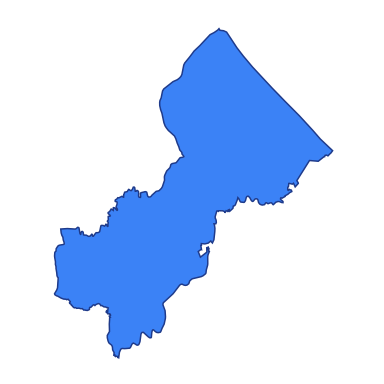 the district of Trieu Phong, Quảng Trị, Vietnam, rotated 357°
{"feature_id": "81297802B12813150904873", "entity_name": "Trieu Phong", "entity_type": "district", "adm_level": 2, "iso_a3": "VNM", "parent_name": "Vietnam", "parent_adm1": "Quảng Trị", "projection": "equal_earth", "projection_center": [107.119, 16.775], "detail": "fine", "context": "isolated", "style": "filled", "palette": "blue", "viewbox_px": 384, "rotation_deg": 357, "n_neighbors": 0, "source": "geoboundaries", "source_scale": "gbopen_adm2", "svg_char_len": 6039}
<svg xmlns="http://www.w3.org/2000/svg" viewBox="0 0 384 384"><g transform="rotate(357 192 192)"><path d="M49.4,286.4L49.7,287.4L51.3,288.6L52.3,288.9L55.7,291.1L58.2,292.2L60.6,292.5L61.2,293.0L62.7,292.6L64.7,295.1L64.7,295.4L63.9,296.0L64.0,296.8L65.5,298.0L65.6,298.7L66.2,299.0L66.7,300.0L68.3,301.5L69.7,301.4L70.7,302.1L73.0,302.1L75.0,302.8L76.3,302.7L77.8,304.3L78.9,304.2L79.8,304.6L81.5,304.8L83.4,304.0L83.6,302.3L83.9,301.9L85.0,301.8L87.6,299.5L88.4,299.6L89.1,300.3L90.1,299.4L92.5,298.5L94.0,299.0L95.1,300.8L96.0,300.6L98.0,302.1L99.8,302.3L100.8,303.0L101.7,303.0L102.3,303.4L102.1,303.8L101.9,305.1L101.7,305.4L100.7,305.9L100.7,306.6L100.8,307.2L100.1,307.0L100.1,307.7L100.9,308.3L101.5,307.6L101.4,308.6L101.6,309.3L103.2,309.3L103.5,310.0L104.0,309.9L104.2,310.9L103.6,311.5L102.9,311.7L103.2,312.3L103.8,312.9L103.2,313.2L102.9,316.2L102.5,319.5L102.3,327.0L99.9,330.8L99.8,333.2L100.4,336.4L101.0,338.1L101.5,338.8L103.7,340.7L104.4,342.4L104.5,345.5L105.8,348.3L105.4,351.0L105.7,351.1L106.0,350.5L106.3,350.5L106.4,351.7L106.9,352.3L107.4,351.9L109.0,352.4L109.1,353.3L109.3,353.3L109.6,352.8L109.7,353.4L110.1,353.7L111.2,348.1L112.5,345.6L113.2,344.8L114.2,344.6L116.6,344.9L121.6,344.7L122.4,344.0L124.1,340.8L125.4,339.8L127.0,340.6L128.7,341.9L129.8,342.1L130.7,341.7L131.2,341.0L132.2,338.7L133.6,331.3L134.1,330.3L134.8,329.6L136.1,329.6L140.6,334.2L142.0,335.3L142.7,335.4L143.4,335.4L143.8,335.0L144.5,330.1L145.1,328.2L145.7,327.6L146.3,327.6L148.2,329.6L149.5,330.4L150.9,330.7L152.9,330.4L153.5,329.8L154.9,326.7L157.3,322.4L158.8,316.9L159.0,315.1L158.9,309.1L157.1,303.2L157.3,301.7L157.7,301.0L167.8,292.6L174.7,284.5L175.8,283.7L177.2,283.5L179.2,284.6L180.5,284.9L182.1,284.7L184.0,283.4L185.0,280.8L187.0,279.1L188.1,278.6L196.8,277.0L198.7,276.2L201.2,274.4L201.7,273.6L202.2,270.6L203.8,265.8L204.0,264.4L204.3,257.6L204.7,255.6L206.2,252.3L205.6,252.0L205.8,250.2L205.3,250.2L205.9,249.2L205.6,249.0L204.8,249.6L204.7,248.9L205.5,248.6L205.4,247.9L203.8,248.4L203.7,252.8L197.0,257.5L195.1,251.8L197.9,249.9L198.5,250.1L198.0,245.9L198.6,245.8L198.6,244.0L202.1,244.5L205.5,243.9L208.2,241.9L208.7,242.8L209.7,244.0L211.4,240.8L212.7,232.7L213.0,229.5L212.7,226.2L212.3,224.9L214.1,225.0L214.7,223.8L214.6,221.4L214.2,220.1L213.9,219.6L213.8,218.0L215.7,212.4L216.5,212.2L217.3,212.7L217.7,212.1L221.6,212.4L223.1,213.0L223.6,213.4L223.6,214.0L224.1,214.1L225.1,212.5L225.5,212.8L226.1,212.7L226.8,213.4L227.2,213.3L227.5,213.1L227.3,211.8L228.3,211.5L228.3,212.1L228.7,213.2L232.0,210.5L232.5,208.2L233.8,207.9L234.6,207.1L237.0,201.8L237.5,200.0L238.4,201.1L239.3,203.5L239.8,204.3L240.2,204.6L243.3,205.1L243.8,204.9L244.9,203.5L245.9,200.3L246.6,199.4L247.5,199.1L248.1,199.2L249.4,200.7L250.8,203.6L251.6,204.4L252.2,204.6L252.8,204.3L254.2,202.7L254.9,202.2L255.8,202.1L257.0,202.6L257.4,203.3L257.9,205.9L258.3,206.6L259.0,207.6L260.4,208.4L261.6,208.7L263.8,208.4L264.7,207.1L265.4,206.6L265.9,206.7L267.3,207.7L269.3,207.0L270.4,206.9L271.0,207.1L272.2,208.8L272.6,208.9L275.2,206.6L277.3,206.0L278.6,206.1L281.0,207.2L282.3,207.4L282.4,206.4L282.2,206.0L280.1,204.0L280.0,203.6L280.2,202.7L280.6,202.4L281.6,202.9L284.8,201.3L284.7,200.7L287.6,199.3L289.6,197.7L291.7,196.8L291.4,195.5L291.0,195.1L289.9,195.0L289.3,194.5L288.2,195.4L287.7,194.8L287.9,192.2L288.6,191.7L289.1,188.5L289.4,188.4L292.6,189.4L293.8,188.6L295.3,192.3L296.7,190.9L298.6,189.0L298.6,188.5L297.3,186.1L311.0,166.7L319.7,167.9L325.6,163.7L326.3,163.7L326.8,162.4L328.4,162.2L329.6,163.0L330.1,162.8L330.8,161.9L332.8,160.3L334.6,158.1L322.9,145.8L315.8,136.7L303.2,121.5L289.6,106.3L277.2,92.1L259.0,70.4L250.1,58.6L244.4,50.3L234.9,34.1L232.0,32.6L228.4,32.0L227.5,30.3L226.1,31.7L222.3,34.0L218.3,35.8L207.3,46.4L201.5,51.3L197.2,56.5L191.5,62.8L190.4,64.8L188.1,74.0L187.0,76.0L185.5,77.5L183.2,79.1L178.8,80.8L169.2,87.6L167.9,89.5L166.1,96.5L164.8,99.0L164.4,100.8L164.3,104.0L165.0,108.2L166.1,111.8L167.6,121.4L168.6,124.6L169.8,126.7L171.6,129.3L177.4,135.1L178.6,137.9L179.8,142.4L181.2,146.2L182.0,149.4L183.9,151.9L184.0,153.6L185.5,155.6L185.7,156.3L184.3,156.9L182.4,157.0L181.7,157.3L178.2,161.4L177.5,162.0L173.6,162.6L172.4,163.4L172.1,164.0L171.8,165.3L171.1,166.7L167.8,169.7L165.6,174.0L165.2,175.5L165.2,178.8L162.7,185.2L161.6,186.8L159.1,189.0L156.2,189.5L151.8,193.1L150.8,194.3L150.0,194.7L148.6,194.8L147.8,194.2L147.5,193.6L146.8,189.9L146.5,189.6L145.3,189.2L141.1,190.0L140.7,190.3L140.5,191.0L140.4,194.4L140.2,194.7L139.0,194.5L138.6,194.0L138.4,193.2L138.7,190.4L138.5,188.5L137.4,187.6L137.0,187.6L136.2,188.3L135.4,188.3L135.0,184.6L134.4,184.0L133.6,184.1L132.6,186.2L131.5,187.4L130.6,187.3L129.3,186.2L128.8,186.1L127.3,188.2L124.7,188.7L124.1,190.4L123.7,190.9L123.4,193.6L123.0,193.5L121.9,192.6L118.6,194.0L117.6,193.8L116.5,195.1L115.1,195.8L114.7,197.0L115.0,197.5L116.4,197.8L116.7,198.8L116.5,200.3L115.5,202.6L115.6,203.5L116.6,205.2L116.6,206.1L116.4,206.4L116.1,206.4L113.9,203.8L112.7,203.5L112.5,203.8L112.4,206.2L110.4,204.8L108.7,207.2L107.3,208.0L107.1,208.3L107.2,209.2L108.7,210.6L109.1,211.5L108.7,211.9L107.2,211.9L107.0,212.2L107.0,215.4L106.0,216.6L106.0,217.1L106.6,217.6L106.8,218.5L106.4,219.3L106.3,221.7L105.7,221.9L104.8,219.9L104.3,219.7L103.5,221.0L102.8,221.5L101.4,220.7L99.7,220.6L99.2,221.1L97.8,226.5L97.4,227.1L95.9,227.7L94.1,227.6L92.6,229.2L91.2,231.0L90.6,231.0L90.3,230.7L90.2,229.5L90.0,229.0L89.7,228.9L87.9,230.7L86.8,230.9L86.2,230.8L84.3,229.6L81.8,229.3L81.5,229.1L81.4,228.6L81.2,226.4L80.3,225.6L79.6,225.8L78.9,227.1L78.7,228.4L78.4,228.5L77.9,227.5L77.3,222.2L77.1,221.7L76.3,221.3L75.9,221.3L74.3,222.6L73.5,222.9L65.6,222.0L59.0,222.1L59.2,226.0L59.8,228.5L60.7,230.4L60.9,233.1L61.6,235.5L61.7,236.9L61.5,237.4L60.7,237.7L57.3,238.1L56.1,238.4L55.2,239.0L53.4,241.5L53.1,243.9L52.3,244.5L51.8,245.4L51.4,248.7L51.5,250.4L52.0,254.6L51.8,257.1L52.3,259.5L52.2,261.3L52.7,265.6L52.8,268.5L53.2,269.8L53.8,270.4L53.8,271.5L52.7,280.7L51.9,282.6L49.4,286.4Z" fill="#3b82f6" stroke="#1e3a8a" stroke-width="1.5"/></g></svg>